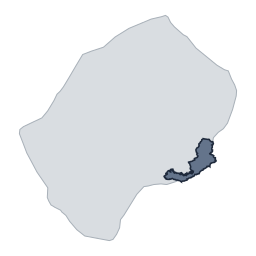 location of Tsoelikana, Qacha's Nek, Lesotho
{"feature_id": "5366337B78317491468351", "entity_name": "Tsoelikana", "entity_type": "district", "adm_level": 2, "iso_a3": "LSO", "parent_name": "Lesotho", "parent_adm1": "Qacha's Nek", "projection": "robinson", "projection_center": [28.859, -29.907], "detail": "fine", "context": "in_parent", "style": "filled", "palette": "slate", "viewbox_px": 256, "rotation_deg": 0, "n_neighbors": 0, "source": "geoboundaries", "source_scale": "gbopen_adm2", "svg_char_len": 6663}
<svg xmlns="http://www.w3.org/2000/svg" viewBox="0 0 256 256"><path d="M175.8,181.6L167.5,184.3L166.3,184.5L161.0,183.9L153.9,184.5L148.2,186.0L143.9,186.6L136.8,194.3L123.9,215.2L120.5,219.6L119.6,227.8L116.6,234.3L113.0,239.4L109.4,240.6L98.6,238.6L84.8,236.0L76.8,229.7L69.7,221.4L65.9,215.4L61.9,212.1L60.6,210.2L55.0,207.4L52.8,206.0L51.0,205.0L48.7,200.9L47.3,197.5L47.8,187.8L43.8,182.0L37.0,172.1L32.7,164.0L26.8,153.0L23.2,143.5L19.4,133.7L19.9,129.5L23.5,126.6L33.8,121.7L41.9,117.9L47.7,110.9L54.0,100.5L57.0,94.2L60.1,91.3L63.4,86.9L69.3,77.1L75.7,66.2L82.7,54.5L91.5,51.1L103.5,47.2L115.1,37.0L128.9,28.4L151.1,19.1L161.5,16.7L165.5,15.4L168.0,17.1L170.6,22.5L174.4,26.9L183.2,34.7L186.9,36.6L196.0,48.1L205.7,56.0L216.8,65.1L224.4,69.7L228.3,70.9L231.5,79.0L234.7,85.0L236.6,90.6L236.2,96.0L232.6,109.4L227.5,123.1L223.4,128.7L218.3,132.3L213.4,137.7L211.6,148.7L209.3,161.6L202.9,166.9L197.9,170.4L191.1,174.6L175.8,181.6Z" fill="#d9dde1" stroke="#a8b0b8" stroke-width="1"/><path d="M164.1,176.2L164.1,176.6L164.6,176.6L164.7,177.2L164.9,177.2L164.9,177.4L165.2,177.6L165.0,177.9L165.1,178.0L165.7,178.3L165.7,178.5L165.8,178.5L165.7,178.6L165.7,178.8L166.5,179.2L167.0,179.3L167.3,179.3L167.7,179.4L167.9,179.3L168.2,179.3L169.0,179.5L169.7,179.3L169.9,178.8L170.0,178.8L170.5,179.2L171.1,179.1L171.6,178.7L172.2,178.4L172.8,178.7L173.2,179.1L173.5,179.2L173.6,179.3L173.9,179.3L174.1,179.5L174.7,179.4L174.7,179.5L175.0,179.6L175.4,179.9L175.7,179.8L176.4,180.1L176.9,180.2L177.1,180.0L178.3,180.3L178.4,180.5L179.4,180.6L180.1,180.9L180.7,181.5L181.3,181.9L181.2,181.4L182.0,181.4L182.3,181.1L183.6,181.1L184.2,180.9L184.5,181.0L184.9,180.7L185.5,180.4L185.7,180.5L186.3,180.3L186.9,180.2L187.2,179.9L187.0,179.5L187.0,178.9L188.1,178.9L188.2,178.6L188.6,178.4L189.0,178.0L190.0,177.9L190.3,177.9L190.6,177.5L190.9,177.4L191.2,177.6L192.0,176.9L192.7,176.8L192.9,176.2L193.3,176.3L194.3,175.9L194.4,175.7L194.6,174.9L194.8,174.4L195.3,174.5L195.8,174.4L196.1,174.7L196.3,174.7L196.5,174.6L197.1,174.0L197.4,174.2L197.6,174.0L197.9,174.0L198.3,173.7L198.9,173.9L199.3,173.5L199.5,172.6L199.7,172.3L199.9,172.1L200.1,171.6L202.0,170.2L202.6,170.3L203.0,170.1L203.4,169.5L203.3,169.0L203.4,168.9L203.9,168.7L204.2,168.8L204.4,168.5L204.9,168.5L205.7,168.0L206.5,167.4L206.9,166.5L207.5,166.8L207.8,166.7L207.8,166.4L208.0,166.1L208.5,166.1L209.4,166.4L209.9,166.8L209.9,166.4L209.8,165.7L210.0,165.4L210.1,164.5L210.4,164.0L210.4,163.6L210.5,163.4L210.9,163.5L211.6,163.1L211.8,162.8L212.1,162.7L213.0,162.7L214.2,162.1L214.3,162.1L214.6,162.3L214.8,161.9L215.2,161.8L216.0,161.2L216.0,160.8L215.5,160.5L215.6,160.4L215.2,160.3L215.0,160.1L215.5,159.7L215.2,158.9L215.4,158.6L215.3,158.2L215.4,157.7L215.2,157.6L214.7,157.8L214.0,157.6L213.7,157.1L213.4,156.9L213.4,156.6L213.8,155.9L213.3,155.7L213.2,155.4L213.0,155.1L212.6,154.9L211.9,154.9L211.7,154.6L211.4,154.6L211.1,154.4L210.7,154.5L210.2,154.1L209.8,154.0L209.7,153.8L209.7,153.5L210.5,153.3L210.6,153.0L210.8,153.1L210.9,152.9L211.0,152.9L211.1,152.2L211.3,152.1L212.0,152.1L212.5,151.3L212.2,150.6L212.5,150.4L212.6,150.1L211.9,149.8L212.0,149.5L211.8,149.3L211.7,149.1L211.9,147.8L212.0,147.5L212.3,147.4L212.3,146.0L212.4,145.5L211.7,145.0L212.2,144.6L212.5,144.8L212.8,144.7L212.7,144.3L213.2,144.1L213.4,143.6L213.3,143.1L212.8,142.3L212.9,141.9L212.3,141.6L212.1,141.6L211.7,141.9L211.3,141.8L211.0,141.5L210.5,141.0L210.0,140.8L209.8,140.4L209.4,140.1L209.2,139.7L209.3,139.5L209.0,139.3L208.8,139.3L207.1,139.4L206.6,139.2L206.3,139.2L205.8,139.0L205.6,139.1L204.9,139.1L204.5,139.0L204.1,138.7L203.3,138.7L203.1,138.6L202.9,139.1L201.8,139.6L201.8,140.5L201.7,140.8L201.4,141.1L201.2,141.4L200.5,141.7L200.3,142.4L200.4,142.7L200.3,142.9L200.0,143.1L199.6,143.1L198.9,143.8L198.8,144.2L199.0,144.6L199.2,145.2L199.1,145.6L198.7,146.0L198.9,146.5L198.0,147.5L197.6,147.6L197.2,147.6L197.0,148.0L196.5,148.5L196.3,149.1L196.2,149.2L195.9,149.7L196.0,150.8L196.3,151.2L196.4,151.4L196.2,151.7L196.2,151.9L196.9,152.9L197.5,153.3L196.7,154.1L197.3,155.2L197.4,155.7L198.0,156.0L197.9,156.3L197.4,157.3L197.1,157.3L196.9,157.6L196.5,157.8L195.9,157.9L194.4,158.5L194.3,158.9L194.7,159.4L194.6,159.6L194.8,159.9L194.8,160.0L194.7,160.1L194.1,160.2L193.8,160.4L193.1,160.4L192.8,160.9L192.6,161.1L191.8,161.3L191.4,161.5L190.9,161.4L190.4,161.9L189.7,161.8L188.5,162.1L188.5,162.3L189.0,163.0L189.1,163.3L189.7,163.7L189.9,164.3L190.0,164.8L190.3,165.3L190.2,165.6L190.3,165.8L190.6,166.2L190.6,166.6L190.7,167.0L190.6,167.5L190.4,168.1L190.2,168.2L190.4,168.5L190.4,168.9L190.5,169.0L190.5,169.4L191.4,170.1L191.4,170.4L191.6,170.4L191.6,170.6L192.0,170.9L192.2,170.6L192.3,170.6L192.9,171.3L193.0,171.3L193.1,171.1L193.4,171.2L193.3,171.6L193.1,171.8L193.2,172.5L192.9,172.8L192.7,172.7L192.2,172.4L192.0,171.9L192.0,171.7L192.0,171.4L191.9,171.8L191.6,172.1L191.6,173.0L191.8,173.4L192.1,173.4L192.1,173.7L191.4,173.7L190.7,173.3L190.6,173.1L190.8,172.8L190.9,172.0L191.0,171.7L191.0,171.4L190.9,171.3L190.7,171.7L190.4,171.9L190.2,172.6L189.8,172.7L189.8,172.2L189.7,172.0L189.4,172.1L189.3,173.0L189.7,173.0L189.8,173.2L189.8,173.4L189.6,173.5L189.2,173.4L188.2,173.4L187.4,173.3L187.4,173.7L187.8,173.6L188.0,174.2L187.9,174.3L187.4,174.4L187.4,174.0L187.3,173.8L186.8,173.6L186.7,173.1L186.3,173.6L186.0,173.6L186.0,174.2L185.8,174.8L186.3,174.5L186.9,174.6L186.4,175.0L186.5,175.4L186.3,175.6L185.7,175.3L185.3,174.9L185.1,174.5L185.2,174.4L185.1,174.2L184.6,174.7L184.5,174.4L184.3,174.4L184.3,174.6L184.4,174.8L184.2,175.1L184.2,175.4L183.8,175.4L183.5,175.6L183.2,175.3L183.1,175.1L183.0,174.4L182.4,173.7L182.4,174.2L182.1,174.5L181.5,174.2L181.4,174.0L181.3,173.9L181.6,173.6L181.8,173.5L181.9,173.3L181.7,173.0L181.2,172.7L181.0,172.8L180.7,173.4L180.8,173.8L180.5,174.4L180.5,174.6L180.4,174.6L180.1,174.6L179.9,174.3L180.0,174.2L179.9,173.9L179.9,173.5L179.8,173.2L179.3,173.5L178.6,173.2L178.4,173.2L178.3,173.4L178.2,173.4L177.8,173.1L177.0,173.1L176.8,173.4L176.6,173.4L176.3,173.2L176.2,172.8L175.7,172.3L175.2,172.5L174.7,173.1L174.4,173.1L174.4,172.8L174.0,172.6L173.8,172.9L173.9,172.0L173.6,171.9L173.7,171.6L174.0,171.5L173.8,171.1L173.6,171.0L173.1,171.3L172.8,171.1L172.4,170.7L171.9,170.3L172.0,170.2L172.8,170.4L173.1,170.2L173.0,169.8L173.0,169.2L172.8,169.1L172.3,169.5L171.8,169.2L171.4,169.2L170.5,169.5L170.1,170.2L170.1,170.8L170.7,171.6L170.7,172.0L169.7,171.6L169.1,170.8L168.8,170.6L168.6,170.6L168.2,170.9L167.8,171.1L167.2,171.9L167.0,172.8L166.2,173.0L165.8,173.5L165.9,174.0L166.2,174.1L166.8,173.5L167.1,173.5L167.3,173.8L167.3,174.1L166.7,174.6L165.2,175.4L164.5,176.0L164.1,176.2Z" fill="#64748b" stroke="#1e293b" stroke-width="1.5"/></svg>